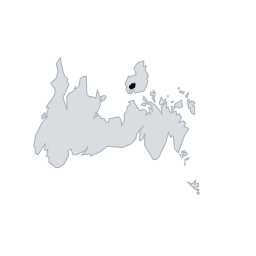 where Lisburn sits in United Kingdom, rotated 116°
{"feature_id": "GBR-2090", "entity_name": "Lisburn", "entity_type": "District", "adm_level": 1, "iso_a3": "GBR", "parent_name": "United Kingdom", "parent_adm1": "", "projection": "natural_earth1", "projection_center": [-6.062, 54.5], "detail": "fine", "context": "in_parent", "style": "filled", "palette": "ink", "viewbox_px": 256, "rotation_deg": 116, "n_neighbors": 0, "source": "natural_earth", "source_scale": "10m", "svg_char_len": 4159}
<svg xmlns="http://www.w3.org/2000/svg" viewBox="0 0 256 256"><g transform="rotate(116 128 128)"><path d="M138.6,190.5L126.8,196.7L123.1,196.3L118.6,193.1L113.9,193.5L115.8,191.9L111.8,190.5L104.7,192.5L101.7,191.1L99.8,188.1L114.9,180.3L117.2,176.5L115.8,175.3L115.5,170.0L107.6,171.9L113.2,166.0L120.0,163.1L125.9,162.4L129.1,164.0L128.1,161.6L129.5,161.1L131.5,163.2L133.8,163.1L129.4,159.6L131.3,155.7L129.6,153.8L131.5,151.8L131.9,148.0L127.9,148.9L122.1,141.3L123.7,137.7L129.4,134.6L122.5,134.7L117.1,137.6L113.1,136.5L109.6,138.0L105.5,136.5L104.3,139.2L101.3,136.3L100.8,134.1L102.3,134.0L107.3,125.2L104.4,121.8L105.3,117.8L108.5,117.7L105.0,115.8L105.6,113.9L100.1,118.5L100.0,115.5L103.0,112.6L97.9,116.3L97.8,120.6L95.6,127.1L92.8,127.6L96.3,120.0L94.7,119.8L95.8,112.3L100.4,103.7L94.3,107.5L87.9,104.4L93.2,102.1L91.5,101.2L95.0,97.8L95.4,95.6L92.3,93.1L92.2,91.6L95.1,90.3L93.0,88.2L94.8,84.6L100.7,84.6L97.3,81.4L98.3,78.5L102.6,78.1L101.6,76.1L102.5,73.0L110.1,73.9L128.2,71.9L126.2,77.1L116.1,83.3L115.5,85.1L117.8,85.6L114.2,89.7L125.3,87.5L141.3,87.6L144.1,89.1L145.3,91.5L136.1,105.7L125.4,110.4L131.0,109.8L134.2,111.2L133.9,112.3L124.8,116.2L119.1,115.0L129.0,117.5L135.0,116.2L141.0,118.3L147.7,124.0L153.8,138.9L161.4,142.4L169.5,149.1L167.9,150.7L172.5,157.9L167.2,155.7L161.9,155.9L166.9,156.4L174.7,162.6L176.0,165.7L171.9,170.1L175.2,171.8L178.9,169.1L188.6,169.8L193.9,172.8L195.2,175.9L193.5,183.9L188.7,186.5L189.3,188.7L182.2,190.7L184.2,191.4L184.2,193.5L177.9,195.4L191.5,197.2L191.4,200.3L186.6,202.7L185.5,204.9L175.2,207.7L161.6,207.7L152.8,205.4L154.0,206.7L144.4,208.4L145.4,210.1L144.4,210.5L131.1,208.5L125.5,210.0L121.8,217.0L114.6,214.3L107.3,216.1L101.9,220.5L94.5,219.8L105.0,211.8L109.2,207.5L110.0,203.9L113.1,203.1L114.6,200.2L129.1,199.9L138.6,190.5ZM89.4,150.2L80.9,150.1L80.9,148.3L76.1,144.1L71.8,148.8L68.0,148.6L64.6,147.4L60.8,143.3L66.0,140.8L64.0,139.0L68.8,137.8L71.2,133.3L73.3,132.2L74.9,133.0L77.0,130.7L83.3,129.7L87.9,130.1L93.5,137.0L91.3,140.0L95.3,139.6L96.8,142.4L96.6,143.5L94.1,141.6L94.3,144.5L95.6,144.7L95.0,146.4L92.0,147.0L89.4,150.2ZM87.0,76.4L85.4,79.4L82.3,81.0L84.0,82.2L77.0,86.8L75.4,85.7L78.4,83.9L75.7,82.5L76.7,81.7L75.3,81.0L76.1,78.8L80.1,79.4L79.5,77.5L86.5,74.1L87.0,76.4ZM87.7,91.0L87.8,94.2L94.0,95.7L89.8,98.8L89.2,96.1L85.4,96.1L79.6,92.0L84.9,88.2L87.7,91.0ZM149.4,38.8L152.1,42.0L153.5,41.6L150.5,51.0L150.5,46.4L145.6,44.3L149.3,43.4L146.7,40.7L149.4,38.8ZM92.6,110.7L85.5,111.6L87.8,108.2L85.4,106.9L88.3,105.6L92.8,108.2L92.6,110.7ZM112.5,161.2L116.1,163.2L111.8,166.2L109.3,164.0L109.1,161.8L112.5,161.2ZM87.9,117.8L88.5,122.5L85.6,123.4L85.6,120.4L83.1,121.8L84.1,119.1L87.9,117.8ZM128.1,64.1L127.8,65.6L131.9,66.5L126.6,67.1L124.1,65.4L125.5,63.3L128.1,64.1ZM101.6,126.1L98.6,125.5L98.1,122.3L100.5,121.9L101.6,126.1ZM157.7,209.0L155.2,210.8L150.9,209.4L154.3,207.5L157.7,209.0ZM90.0,119.8L88.7,118.5L93.3,114.6L92.3,116.5L90.0,119.8ZM73.8,87.9L75.2,88.9L74.0,90.5L69.7,89.3L73.8,87.9ZM73.1,97.6L71.4,97.3L71.0,93.1L72.9,93.2L73.1,97.6ZM153.5,40.4L151.9,38.9L152.8,37.0L154.1,37.6L153.5,40.4ZM132.2,62.6L131.1,63.0L128.0,60.3L129.0,59.9L132.2,62.6ZM126.7,69.2L125.2,69.4L123.6,67.2L125.2,67.3L126.7,69.2ZM156.8,35.5L156.3,37.6L155.0,37.4L155.0,35.5L156.8,35.5ZM136.1,61.2L133.1,61.9L136.4,60.7L136.1,61.2ZM85.9,100.1L85.1,100.3L83.9,99.2L85.4,98.7L85.9,100.1ZM130.2,68.6L129.1,69.8L128.3,68.7L130.2,68.6ZM82.6,105.9L80.8,106.5L83.2,105.2L82.6,105.9ZM70.9,100.1L69.7,100.4L69.2,100.0L70.4,99.2L70.9,100.1Z" fill="#d9dde1" stroke="#a8b0b8" stroke-width="1"/><path d="M91.4,142.8L91.3,143.0L91.1,143.1L90.8,143.3L90.9,143.6L90.5,143.9L90.4,144.0L90.6,144.3L90.3,144.5L90.1,144.5L89.5,144.6L88.8,144.4L88.7,144.2L88.9,144.1L87.8,143.5L87.4,143.6L87.4,143.4L86.8,143.6L86.8,143.3L86.4,143.0L86.4,142.8L86.3,142.7L86.4,142.4L86.0,142.1L85.9,141.6L85.8,141.3L85.7,141.3L85.9,141.1L86.1,140.8L86.6,140.9L86.8,140.7L87.1,140.7L87.8,140.4L88.8,140.3L89.1,140.6L89.2,140.8L89.2,141.1L89.8,141.4L89.9,141.7L90.1,141.8L90.1,141.6L90.3,141.5L90.7,141.8L90.8,142.0L91.0,142.1L91.0,142.4L91.2,142.6L91.4,142.8Z" fill="#0f172a" stroke="#020617" stroke-width="1.5"/></g></svg>